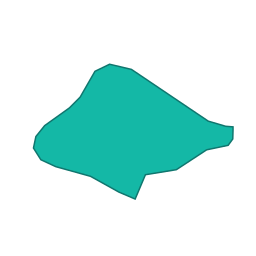 map outline of Wirral (Equal Earth projection), rotated 331°
{"feature_id": "GBR-2108", "entity_name": "Wirral", "entity_type": "Metropolitan Borough", "adm_level": 1, "iso_a3": "GBR", "parent_name": "United Kingdom", "parent_adm1": "", "projection": "equal_earth", "projection_center": [-3.057, 53.361], "detail": "fine", "context": "isolated", "style": "filled", "palette": "teal", "viewbox_px": 256, "rotation_deg": 331, "n_neighbors": 0, "source": "natural_earth", "source_scale": "10m", "svg_char_len": 429}
<svg xmlns="http://www.w3.org/2000/svg" viewBox="0 0 256 256"><g transform="rotate(331 128 128)"><path d="M99.8,193.6L89.0,179.7L71.8,152.1L46.1,126.8L36.4,113.5L35.6,99.7L43.3,90.8L56.3,85.5L86.6,82.0L101.1,77.8L126.6,62.4L142.8,63.3L159.4,78.4L201.5,160.9L214.2,173.8L220.4,177.9L219.1,180.3L214.3,188.4L207.2,191.7L186.2,185.2L150.1,187.9L120.6,177.3L99.8,193.6Z" fill="#14b8a6" stroke="#0f766e" stroke-width="1.5"/></g></svg>